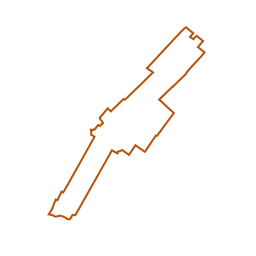 Cuza Voda, Calarasi, Romania, rotated 34°
{"feature_id": "2599482B12109110667072", "entity_name": "Cuza Voda", "entity_type": "district", "adm_level": 2, "iso_a3": "ROU", "parent_name": "Romania", "parent_adm1": "Calarasi", "projection": "robinson", "projection_center": [27.269, 44.268], "detail": "fine", "context": "isolated", "style": "outline", "palette": "amber", "viewbox_px": 256, "rotation_deg": 34, "n_neighbors": 0, "source": "geoboundaries", "source_scale": "gbopen_adm2", "svg_char_len": 4933}
<svg xmlns="http://www.w3.org/2000/svg" viewBox="0 0 256 256"><g transform="rotate(34 128 128)"><path d="M157.7,90.0L156.8,89.8L155.3,89.6L150.9,89.0L148.9,88.7L148.2,88.6L147.8,88.5L147.6,88.4L147.3,88.4L147.2,88.4L145.6,88.1L144.8,88.0L142.7,87.7L141.4,87.5L140.2,87.3L139.0,87.2L137.9,87.0L140.5,74.9L140.5,74.7L141.3,71.3L141.9,68.5L142.2,68.5L142.5,66.5L143.5,61.5L145.3,53.3L145.7,51.6L145.7,51.4L145.6,48.1L145.7,47.4L145.9,46.1L146.0,45.3L146.1,44.3L146.4,42.3L146.5,41.3L146.5,41.2L146.8,39.7L147.1,37.4L147.7,33.8L147.9,32.4L148.1,31.5L148.2,30.4L148.4,29.4L148.5,28.5L148.7,27.4L148.8,26.3L148.8,25.6L149.0,24.1L149.0,23.3L149.1,22.5L147.9,22.4L146.4,22.3L145.2,22.2L144.6,22.1L143.3,22.0L142.5,21.9L141.7,21.8L141.2,21.8L140.7,21.8L140.9,20.4L141.0,19.4L141.1,18.8L141.2,18.3L141.2,18.2L141.1,17.9L141.0,17.7L141.1,17.1L141.3,16.2L141.4,15.4L141.6,14.3L141.6,13.9L140.0,13.8L138.7,13.7L134.9,13.4L133.3,13.2L133.1,14.4L132.9,15.7L132.6,17.0L132.5,17.9L131.4,17.8L130.4,17.8L129.4,17.8L128.4,17.7L128.6,16.7L128.8,15.8L129.0,14.3L129.2,13.5L129.2,12.9L124.1,12.5L119.7,12.1L119.2,13.6L118.8,15.3L118.3,17.8L118.1,18.7L117.9,19.5L117.8,20.6L117.4,23.0L117.2,24.2L117.1,25.0L116.9,26.0L116.7,26.9L116.6,27.6L116.5,28.8L116.3,29.7L116.2,30.2L116.1,31.2L115.5,35.0L114.7,39.8L113.9,45.0L113.6,46.7L113.4,48.1L113.1,50.0L113.1,50.3L112.9,51.3L112.8,52.0L112.6,53.5L112.3,55.3L112.1,56.3L112.0,56.8L112.0,57.4L111.8,58.2L111.7,59.1L111.6,60.0L111.5,60.5L111.3,61.5L111.3,61.8L111.2,62.4L111.0,63.4L110.9,64.3L110.8,64.8L110.7,65.7L110.6,66.4L110.5,66.8L110.4,67.6L110.3,67.8L117.7,67.9L116.8,72.2L116.2,74.9L115.7,77.6L115.0,80.8L114.3,84.6L113.3,89.3L112.5,92.8L111.9,95.5L111.5,97.5L111.1,99.5L110.8,101.0L110.5,102.7L109.7,106.0L109.6,106.3L108.8,106.3L108.5,106.3L108.3,106.3L108.1,106.4L108.1,106.5L107.7,108.2L107.5,109.4L107.2,110.7L106.9,112.1L106.7,113.2L106.4,114.9L105.8,117.4L105.0,121.1L104.5,123.8L100.1,123.1L99.9,126.1L99.6,128.5L99.6,129.2L99.6,129.9L99.4,131.4L99.3,131.5L99.1,133.2L99.0,134.5L98.9,134.6L98.9,135.4L98.9,135.5L100.2,136.2L102.4,137.0L104.6,137.9L104.7,138.1L104.2,139.2L103.7,140.5L103.5,141.8L103.6,142.0L101.6,142.2L101.5,143.7L101.4,145.2L101.3,146.4L101.2,148.0L100.4,148.3L100.1,148.4L100.0,149.0L100.0,149.4L98.5,150.3L98.3,150.3L98.4,150.5L98.8,151.0L99.2,150.8L99.5,151.3L100.0,152.2L100.5,153.0L101.2,154.2L101.7,154.1L103.9,154.0L105.0,153.9L105.3,155.1L105.4,156.8L105.5,158.5L105.6,159.9L105.7,160.5L105.8,161.3L105.9,162.9L105.9,163.3L106.0,164.4L106.1,165.4L106.2,166.5L106.3,167.8L106.4,168.6L106.5,169.8L106.5,170.5L106.6,171.6L106.7,172.4L107.0,175.9L107.2,178.2L107.4,180.7L107.4,181.2L107.6,183.2L107.7,183.7L108.0,188.1L108.2,190.4L108.3,191.0L108.5,194.1L108.7,196.2L108.8,197.2L108.9,199.1L109.2,202.6L109.5,205.8L109.5,206.5L109.7,208.1L109.8,209.9L109.8,210.3L110.1,213.8L110.2,215.5L110.2,216.6L110.3,217.8L108.5,217.9L109.1,222.0L109.6,226.0L109.9,227.5L108.1,227.8L108.7,230.5L108.7,230.8L110.2,236.9L110.4,236.9L110.4,238.5L110.6,243.9L111.0,243.7L114.3,242.5L114.6,242.4L115.9,242.4L117.3,242.1L118.3,241.2L119.7,239.8L120.8,238.6L121.5,238.3L123.2,237.8L124.3,237.6L125.6,237.4L126.5,237.3L127.0,237.2L127.9,237.3L128.6,237.4L128.9,237.4L129.4,237.0L130.6,236.3L130.9,236.1L130.7,232.0L130.6,231.8L130.7,231.3L130.7,231.0L131.9,230.4L133.1,229.8L132.5,222.1L132.5,221.5L132.4,220.7L132.3,219.4L132.2,218.7L132.2,218.3L132.1,217.5L132.1,217.0L132.0,216.4L132.0,216.0L132.0,215.7L131.9,214.4L131.8,214.0L131.7,212.5L131.6,211.6L131.6,211.0L131.5,210.2L131.5,209.6L131.5,209.2L131.4,209.1L131.4,207.8L131.3,206.7L131.2,205.3L131.1,204.4L130.9,203.0L130.9,202.1L130.8,201.0L130.7,200.4L130.7,199.4L130.5,197.5L130.4,196.2L130.3,194.9L130.2,193.5L130.1,193.0L130.1,192.8L130.1,191.5L129.7,187.1L129.6,186.3L129.5,185.0L129.5,184.2L129.4,182.8L129.2,180.7L129.0,179.0L128.9,177.0L128.7,175.0L128.6,173.7L128.6,173.0L128.5,172.4L128.4,171.0L128.3,169.0L128.2,167.9L128.1,167.1L128.0,165.8L128.0,165.1L127.9,164.5L127.8,163.6L127.7,162.7L127.7,162.4L127.7,162.2L127.7,161.7L127.6,160.4L127.4,158.5L127.3,157.3L127.2,155.4L132.9,155.1L133.3,155.0L133.5,155.0L133.6,154.9L132.7,153.3L133.9,152.2L135.5,149.5L143.8,149.8L143.8,149.6L143.8,148.9L143.8,147.8L143.8,146.4L143.8,145.4L143.8,144.5L143.8,143.8L143.8,143.0L143.8,142.2L143.8,141.8L143.8,141.0L143.8,140.2L143.8,139.9L143.7,138.8L143.8,138.1L152.6,138.3L155.3,138.4L155.4,137.6L155.4,135.2L155.3,134.9L155.3,133.8L155.3,131.8L155.3,129.6L155.3,127.3L155.3,126.5L155.3,125.7L155.3,124.8L155.3,124.4L155.3,123.6L155.3,123.0L155.3,122.7L155.3,122.3L155.3,121.9L155.3,121.3L155.3,121.0L155.3,120.6L155.3,120.2L155.3,119.9L155.3,119.6L155.3,119.3L155.3,118.7L156.3,118.4L156.5,118.0L156.5,117.6L156.5,117.2L156.5,116.7L156.5,116.3L156.6,115.5L156.5,115.3L156.6,115.1L156.6,114.7L156.6,114.2L156.7,113.2L156.7,112.4L156.8,108.4L157.1,102.4L157.5,93.2L157.7,90.0Z" fill="none" stroke="#b45309" stroke-width="2"/></g></svg>